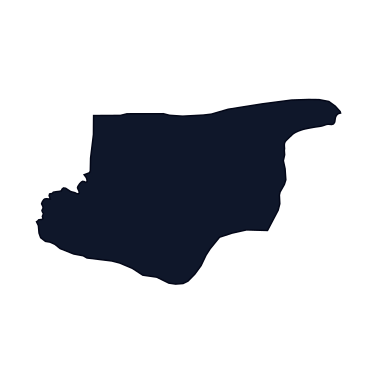 San Lucas Tolimán, Sololá, Guatemala, rotated 262°
{"feature_id": "79465075B2167419407314", "entity_name": "San Lucas Tolimán", "entity_type": "district", "adm_level": 2, "iso_a3": "GTM", "parent_name": "Guatemala", "parent_adm1": "Sololá", "projection": "mercator", "projection_center": [-91.143, 14.59], "detail": "fine", "context": "isolated", "style": "filled", "palette": "ink", "viewbox_px": 384, "rotation_deg": 262, "n_neighbors": 0, "source": "geoboundaries", "source_scale": "gbopen_adm2", "svg_char_len": 2008}
<svg xmlns="http://www.w3.org/2000/svg" viewBox="0 0 384 384"><g transform="rotate(262 192 192)"><path d="M184.2,33.9L180.1,35.2L172.6,34.8L167.8,35.8L163.5,40.0L162.1,44.5L159.3,48.9L154.3,53.6L147.1,66.2L144.0,75.4L141.3,78.8L134.9,102.9L131.8,110.4L124.7,122.3L116.5,131.7L112.6,145.2L105.0,156.4L103.1,162.9L102.6,170.4L104.3,175.6L110.2,183.3L117.8,190.7L127.5,197.1L133.2,202.0L143.4,213.0L145.7,225.8L146.9,240.8L143.4,261.4L162.0,274.8L168.1,277.3L176.8,278.1L179.7,279.2L186.6,284.5L191.0,286.6L196.6,287.0L202.1,287.4L210.3,286.8L215.9,288.9L220.3,289.2L222.2,289.7L224.0,289.8L225.9,290.0L227.4,290.4L228.6,291.1L229.6,292.0L231.1,294.0L231.8,295.0L232.9,296.4L233.7,297.7L234.5,298.7L235.5,300.2L236.2,301.7L236.7,302.9L237.2,304.6L237.6,305.9L237.9,307.5L238.2,308.9L238.5,310.6L238.7,312.4L238.9,315.6L239.0,317.5L239.1,320.0L239.2,322.8L239.2,325.7L239.2,328.0L239.3,329.8L239.5,331.1L239.8,332.7L240.1,334.1L240.2,335.2L240.1,336.7L239.7,338.3L239.4,339.7L239.7,341.5L241.0,342.8L242.1,343.3L243.9,343.8L245.8,344.4L247.3,345.3L248.5,346.5L249.3,348.0L249.5,350.1L251.0,349.9L257.1,345.8L262.6,340.1L265.8,330.7L267.4,320.2L269.2,303.3L269.5,273.9L268.9,239.3L266.4,222.0L266.6,213.9L268.4,193.2L271.1,180.4L273.5,174.6L278.5,138.5L277.8,131.8L281.4,105.2L262.6,102.4L239.7,96.3L226.8,94.2L225.3,93.0L224.1,87.6L221.2,89.2L220.1,89.5L218.8,89.7L216.9,89.6L216.3,88.1L217.3,86.8L217.8,85.2L217.3,83.9L215.8,81.9L213.4,79.8L212.1,79.2L210.4,79.6L209.0,80.1L206.9,80.3L205.9,79.1L206.5,77.5L207.6,76.0L208.2,74.6L208.7,73.3L209.5,71.7L213.3,67.4L213.9,65.3L213.0,63.8L211.4,62.8L211.1,61.0L211.2,57.6L211.1,54.6L210.0,53.5L210.0,51.8L209.9,50.7L208.2,50.0L206.7,50.4L204.8,50.7L205.1,48.9L205.6,47.0L205.6,45.3L205.1,44.2L203.8,43.0L202.8,42.2L201.2,41.4L199.7,41.9L198.0,42.4L196.4,42.1L195.4,41.3L194.4,40.8L192.6,41.3L191.5,41.9L190.2,41.3L188.7,40.4L187.4,40.6L186.3,40.7L185.7,39.4L185.8,38.2L185.8,36.3L184.7,35.1L184.2,33.9Z" fill="#0f172a" stroke="#020617" stroke-width="1.5"/></g></svg>